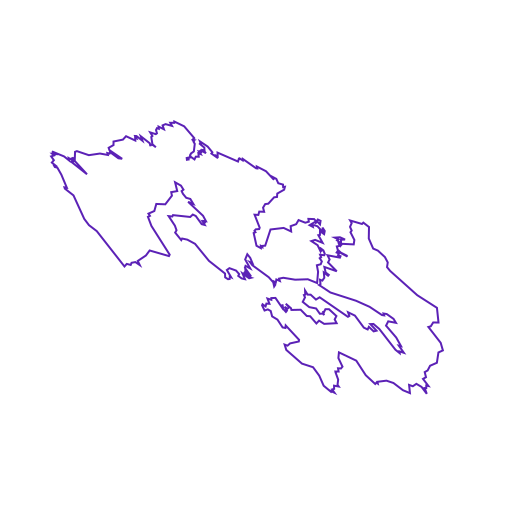 the district of Flakstad nor, Nordland, Norway, rotated 225°
{"feature_id": "86288312B97384996030155", "entity_name": "Flakstad nor", "entity_type": "district", "adm_level": 2, "iso_a3": "NOR", "parent_name": "Norway", "parent_adm1": "Nordland", "projection": "equal_earth", "projection_center": [13.24, 68.069], "detail": "fine", "context": "isolated", "style": "outline", "palette": "violet", "viewbox_px": 512, "rotation_deg": 225, "n_neighbors": 0, "source": "geoboundaries", "source_scale": "gbopen_adm2", "svg_char_len": 6128}
<svg xmlns="http://www.w3.org/2000/svg" viewBox="0 0 512 512"><g transform="rotate(225 256 256)"><path d="M386.2,161.0L341.6,155.6L341.8,159.0L338.3,161.1L339.2,163.2L337.0,166.4L331.8,167.4L336.1,168.9L334.2,178.5L335.1,184.7L317.5,194.4L318.0,195.9L351.2,203.3L360.1,207.3L359.4,209.4L362.0,209.9L359.7,215.9L363.3,222.3L356.7,228.4L358.1,239.2L361.1,241.2L357.6,246.2L365.3,250.9L358.8,252.7L354.2,251.6L354.5,249.3L351.6,248.3L346.5,247.8L342.8,249.9L337.1,248.5L342.3,246.3L321.9,247.0L315.9,245.2L317.4,244.0L315.1,243.7L317.9,242.6L314.2,241.7L316.9,240.1L326.9,241.7L330.0,240.6L330.1,237.1L343.6,226.2L343.1,224.8L346.0,222.4L334.8,220.1L330.4,218.0L329.7,215.4L320.1,214.4L320.6,216.1L316.1,219.0L307.7,221.5L285.8,219.3L265.5,221.7L262.7,219.1L259.4,219.8L258.4,221.1L260.0,222.9L258.6,223.4L266.7,225.5L266.2,228.6L259.8,231.6L255.1,231.3L254.5,229.4L250.3,230.0L247.4,231.8L253.2,234.1L245.1,235.4L244.1,237.1L247.0,235.7L253.4,236.3L250.3,236.6L254.4,239.0L248.4,237.1L245.1,238.1L255.5,239.8L256.4,241.6L251.3,243.1L261.2,245.9L263.4,251.1L258.8,250.6L253.4,248.4L255.9,247.4L252.1,246.9L232.0,250.0L225.2,249.6L221.6,247.3L222.0,249.3L226.8,250.2L223.3,251.3L225.0,253.8L221.5,255.2L223.7,256.3L221.3,259.9L211.6,266.9L202.9,276.2L193.7,280.1L200.9,288.7L206.4,292.5L204.4,295.9L205.6,298.7L209.4,299.5L209.1,301.2L211.5,302.2L208.3,304.8L208.8,306.1L212.3,307.6L216.8,307.0L212.6,305.4L214.9,305.9L214.2,305.1L220.1,307.2L227.4,305.7L225.6,309.2L218.2,312.4L226.6,314.8L225.7,316.1L228.3,318.8L223.3,319.6L225.1,322.3L229.1,323.1L225.0,320.1L233.5,320.5L236.6,319.0L237.7,317.6L236.4,316.8L239.9,315.7L238.4,321.6L236.3,321.5L237.7,322.0L236.7,323.7L233.1,323.6L235.2,326.5L238.1,325.5L237.5,323.0L241.0,323.2L245.2,319.3L242.9,317.6L244.7,314.4L251.3,311.5L250.1,306.9L252.6,301.6L248.5,298.2L256.3,295.4L264.5,285.0L256.8,269.8L258.6,267.7L257.7,266.8L259.7,266.5L258.1,265.0L262.9,263.6L273.9,270.6L273.2,272.4L274.9,272.7L275.0,274.7L272.8,277.3L273.4,278.6L286.2,284.2L283.4,286.7L285.1,289.7L281.5,293.0L285.2,295.2L286.2,299.2L284.3,301.7L284.7,310.3L282.9,312.6L285.1,315.2L283.0,322.8L284.5,325.4L285.5,323.9L287.4,325.6L291.7,323.2L296.2,324.9L300.4,323.6L297.2,322.6L308.9,323.0L318.6,319.9L317.0,318.8L317.9,318.1L334.0,315.3L333.0,314.2L337.5,313.2L335.7,313.3L336.9,312.6L335.5,310.1L356.3,301.9L353.6,299.4L354.6,299.0L352.1,298.3L360.0,296.9L360.2,298.5L367.6,299.2L376.7,297.4L374.2,296.3L375.9,295.5L369.2,296.1L367.1,294.3L368.1,293.6L364.1,293.3L369.7,291.7L369.9,290.5L367.3,291.1L370.1,289.6L367.2,288.9L369.4,287.9L366.7,285.7L368.8,283.7L367.8,280.8L373.1,279.9L372.2,279.1L373.2,277.5L371.9,276.6L372.9,275.2L374.3,276.3L372.7,278.9L374.5,282.4L373.9,286.0L378.6,292.0L381.7,292.8L380.1,293.0L381.9,293.2L381.6,294.4L383.1,293.6L383.1,295.7L398.5,296.9L408.9,293.3L408.0,292.3L410.8,289.6L407.4,288.6L413.2,285.3L414.4,282.3L410.7,280.5L416.4,278.6L414.7,277.2L416.4,276.4L415.8,274.4L412.8,272.7L413.0,271.3L418.2,268.6L414.1,267.6L414.2,266.1L408.3,261.8L403.7,262.1L409.3,261.3L407.5,261.4L409.2,260.3L408.4,259.0L410.8,260.6L422.1,259.2L417.8,257.2L425.3,256.3L426.3,255.4L423.8,254.6L425.0,254.1L423.0,252.3L432.6,248.8L432.4,244.2L437.7,236.2L435.2,233.7L436.7,228.3L434.5,227.2L419.4,230.1L422.4,227.8L432.8,226.2L432.0,224.8L433.9,223.7L432.2,222.7L438.8,218.1L445.5,209.1L456.8,203.5L457.6,201.7L452.5,196.2L454.8,195.9L455.1,195.2L433.3,194.3L453.1,192.0L452.1,193.6L453.7,193.8L457.7,192.8L455.7,191.4L462.1,190.7L474.2,185.7L470.1,186.1L472.3,184.2L469.9,184.3L471.3,181.6L466.7,180.8L466.4,177.7L461.7,178.2L462.6,177.1L461.2,176.7L458.9,178.0L451.2,175.9L438.0,170.5L440.0,169.1L438.8,168.5L427.9,169.8L403.7,160.8L395.9,159.7L386.2,161.0ZM196.6,356.4L203.7,355.5L203.7,353.6L214.5,347.7L211.6,346.9L210.1,343.1L206.3,341.6L206.0,339.6L197.8,336.9L195.1,333.3L203.6,325.6L203.5,323.7L207.4,327.6L204.7,330.6L209.9,328.6L213.3,324.7L209.4,326.1L209.7,324.4L206.0,324.9L206.8,323.6L204.0,322.3L205.6,319.9L202.6,318.2L198.3,318.4L192.2,320.4L191.0,320.2L201.7,317.0L201.4,315.5L199.1,316.4L198.6,314.6L196.1,315.6L195.5,314.2L205.9,307.1L201.5,305.6L200.5,302.4L188.1,302.3L199.9,296.6L195.1,293.6L191.2,294.1L191.1,293.0L196.4,292.3L192.3,288.9L191.7,285.5L193.9,284.5L190.5,281.7L190.9,280.1L177.6,282.8L153.6,295.1L139.7,300.4L125.2,303.3L123.4,304.6L125.2,305.5L122.5,307.4L114.3,308.8L109.8,307.7L116.3,303.3L114.8,298.7L99.2,297.5L89.7,294.8L91.6,293.6L83.0,292.1L87.1,290.0L85.7,288.9L91.1,288.3L117.2,291.6L124.9,291.0L127.0,288.7L118.0,288.4L119.5,285.9L126.1,285.7L125.1,283.0L129.1,281.6L143.9,283.8L151.1,281.3L147.6,279.6L148.0,278.0L181.8,271.8L182.8,267.6L190.0,267.3L192.2,265.2L196.9,266.3L193.9,263.5L194.5,262.3L192.1,261.4L190.5,256.6L182.2,257.5L176.4,261.4L170.0,260.3L168.0,262.6L166.1,262.3L169.7,264.3L168.1,264.0L169.3,267.5L166.8,270.0L156.7,270.4L155.5,266.8L151.5,265.5L159.8,256.2L165.7,254.9L165.6,251.0L175.1,251.7L177.7,249.5L186.4,249.6L192.8,242.9L194.3,243.8L201.2,243.3L196.3,243.2L196.5,240.8L199.8,240.4L195.5,239.3L195.3,237.6L199.3,237.8L203.1,240.5L201.0,237.9L212.6,240.1L215.4,237.1L214.2,235.9L217.8,234.0L212.7,231.7L215.0,229.7L213.6,227.1L217.2,226.5L216.8,225.4L211.4,223.5L209.9,226.6L206.7,227.5L201.9,224.7L195.9,226.2L186.7,224.3L184.3,225.9L185.9,227.9L166.3,227.2L165.3,225.8L170.1,218.3L170.3,214.9L173.1,213.6L168.2,211.0L147.4,212.4L137.0,217.7L126.7,216.1L116.4,212.1L105.9,213.1L107.5,213.5L103.9,214.8L107.8,215.5L106.8,217.3L109.1,219.5L105.2,222.2L107.3,222.6L110.5,226.7L118.0,230.2L116.5,229.8L118.1,230.5L115.9,232.7L118.6,234.6L116.4,236.5L116.6,238.9L125.6,242.1L129.2,246.5L111.1,252.9L94.1,249.3L81.2,249.8L81.3,251.6L79.7,251.9L81.2,252.9L75.6,260.1L69.0,263.4L57.2,265.0L50.2,267.9L56.6,273.1L53.0,274.8L52.2,279.0L46.4,280.5L37.8,279.3L43.3,281.9L42.2,283.0L44.0,284.8L42.1,286.0L51.0,287.2L50.1,290.5L54.6,293.2L53.7,296.4L55.3,301.5L52.6,308.4L58.8,316.8L57.1,321.4L64.0,325.2L83.9,327.7L82.7,329.9L83.7,334.3L79.9,338.0L91.4,347.3L114.3,342.3L150.6,340.3L155.5,340.8L158.3,344.6L164.1,346.4L173.6,346.0L178.4,344.1L188.6,348.1L196.6,356.4Z" fill="none" stroke="#5b21b6" stroke-width="2"/></g></svg>